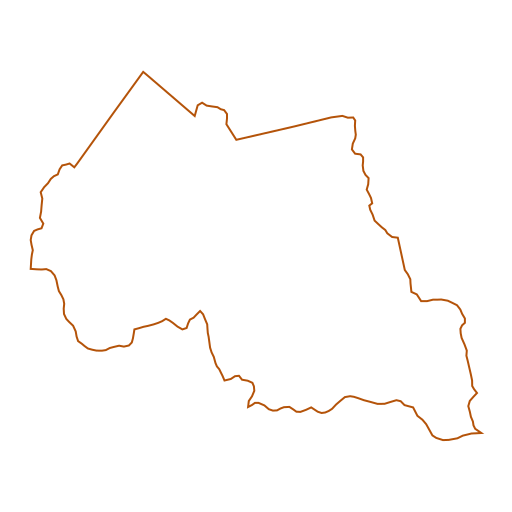 Tanque Novo, Bahia, Brazil (orthographic projection)
{"feature_id": "56859067B80880308839794", "entity_name": "Tanque Novo", "entity_type": "district", "adm_level": 2, "iso_a3": "BRA", "parent_name": "Brazil", "parent_adm1": "Bahia", "projection": "orthographic", "projection_center": [-42.526, -13.552], "detail": "fine", "context": "isolated", "style": "outline", "palette": "amber", "viewbox_px": 512, "rotation_deg": 0, "n_neighbors": 0, "source": "geoboundaries", "source_scale": "gbopen_adm2", "svg_char_len": 3060}
<svg xmlns="http://www.w3.org/2000/svg" viewBox="0 0 512 512"><path d="M143.2,71.9L114.2,111.9L77.0,163.8L74.3,167.3L69.6,163.5L66.0,164.6L62.2,165.4L59.6,169.3L57.8,174.4L53.9,176.2L50.8,178.9L48.0,183.2L44.2,187.1L40.7,192.2L42.3,198.6L41.6,205.5L41.1,211.7L39.9,217.9L43.3,223.6L41.5,228.3L37.6,229.4L34.1,230.9L31.5,235.3L30.7,240.0L31.5,244.7L32.8,250.2L31.9,254.5L31.3,259.2L31.0,264.2L30.7,268.9L36.7,269.3L41.6,269.5L46.3,269.1L50.9,271.1L54.6,275.4L56.4,280.2L57.7,286.5L58.9,291.1L61.3,295.0L63.4,299.3L64.2,303.8L63.7,308.7L64.0,314.0L66.3,318.9L68.9,321.7L73.1,325.7L75.7,331.4L76.6,336.6L78.1,341.1L81.9,343.8L84.5,346.0L87.9,348.5L92.2,349.7L96.5,350.6L101.8,350.7L105.8,350.1L109.8,348.0L114.0,346.9L119.1,345.7L123.9,346.6L128.9,345.5L131.8,342.5L132.9,338.5L133.8,333.3L134.4,329.4L138.9,328.2L143.5,326.8L147.9,325.9L153.6,324.4L158.1,322.9L162.1,321.2L165.9,318.8L169.3,320.4L172.9,322.9L177.5,326.6L182.4,329.4L186.6,328.0L188.1,323.4L189.9,319.6L193.6,317.7L196.6,314.5L200.1,311.0L203.1,314.3L205.2,319.6L207.2,324.3L207.5,329.1L207.8,333.0L208.6,336.7L209.3,341.8L210.1,347.7L211.6,352.4L213.8,356.9L215.5,363.1L216.9,366.4L219.2,369.1L220.9,372.6L222.5,375.8L224.5,380.5L230.8,379.0L235.0,376.2L239.0,375.8L242.0,379.7L247.7,380.7L252.4,382.8L253.9,386.3L254.3,390.8L252.0,396.3L248.8,401.0L248.1,407.0L252.0,405.0L254.9,402.9L258.6,402.9L264.4,405.4L268.8,409.2L272.9,410.6L277.0,410.4L280.5,408.5L283.9,407.2L289.4,406.9L293.4,409.5L296.4,411.7L300.4,411.9L306.1,409.8L311.2,407.4L317.7,411.7L321.6,413.0L325.2,412.5L328.7,411.0L332.1,408.8L336.1,404.5L340.4,400.8L344.9,397.1L350.1,396.2L353.9,396.8L358.3,398.2L363.9,400.2L370.4,401.9L377.6,403.9L384.6,403.8L389.7,402.2L396.4,400.2L400.7,401.2L404.5,405.1L408.9,406.3L413.1,407.4L417.4,415.8L422.5,419.8L426.2,424.2L430.3,431.6L432.4,435.4L436.2,437.9L443.0,440.1L448.7,439.9L457.4,438.3L462.9,435.6L467.1,434.6L471.5,433.5L475.8,433.3L481.3,433.0L475.2,428.8L473.5,425.4L472.9,421.5L470.9,416.8L469.9,412.0L468.3,406.1L469.8,400.9L473.5,396.7L477.0,393.0L474.0,389.1L472.2,386.0L472.1,380.5L470.8,374.2L469.2,367.3L467.7,360.8L466.4,355.7L466.8,350.6L464.5,344.4L461.6,337.9L460.7,333.3L460.4,328.8L462.1,325.3L464.9,322.8L464.9,318.5L462.1,313.8L460.3,309.5L457.0,305.2L451.8,302.6L447.8,300.7L441.2,299.5L436.9,299.7L432.9,299.7L427.2,301.1L421.1,301.1L419.0,297.8L416.8,294.4L411.4,291.9L410.5,283.3L410.3,279.2L407.8,274.2L404.8,270.0L397.8,237.7L392.1,237.0L387.3,233.3L385.3,230.0L381.8,227.3L378.3,224.1L374.6,220.6L372.6,214.6L370.2,209.7L369.3,205.6L372.2,203.3L371.0,198.0L369.1,194.1L366.7,189.6L368.2,184.3L368.6,178.1L365.5,174.9L363.4,170.9L362.7,165.4L363.1,161.5L363.1,157.4L360.6,154.4L355.1,153.7L351.9,149.4L352.8,143.6L355.2,138.4L355.8,134.7L355.3,130.9L354.9,125.8L355.2,120.5L353.2,117.5L347.9,117.7L342.4,115.9L331.2,117.4L294.5,126.4L236.3,139.8L226.4,124.2L227.0,118.5L227.0,114.0L224.1,110.1L220.7,109.2L217.5,107.2L211.7,106.4L206.6,105.6L202.1,102.7L197.7,105.3L194.7,116.0L146.1,74.3L143.2,71.9Z" fill="none" stroke="#b45309" stroke-width="2"/></svg>